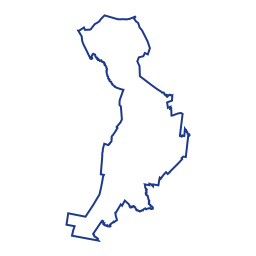 the district of San Salvador, Entre Ríos, Argentina
{"feature_id": "61730980B4034945746834", "entity_name": "San Salvador", "entity_type": "district", "adm_level": 2, "iso_a3": "ARG", "parent_name": "Argentina", "parent_adm1": "Entre Ríos", "projection": "equal_earth", "projection_center": [-58.492, -31.58], "detail": "fine", "context": "isolated", "style": "outline", "palette": "blue", "viewbox_px": 256, "rotation_deg": 0, "n_neighbors": 0, "source": "geoboundaries", "source_scale": "gbopen_adm2", "svg_char_len": 5702}
<svg xmlns="http://www.w3.org/2000/svg" viewBox="0 0 256 256"><path d="M135.8,16.4L130.1,18.7L126.7,19.4L124.0,19.2L118.4,19.3L115.9,18.7L104.6,15.4L101.4,18.5L99.8,20.5L99.6,21.1L97.5,22.6L94.8,24.1L91.9,27.7L90.9,29.2L90.1,29.6L85.0,29.9L83.9,27.5L79.4,30.5L78.2,30.6L81.7,36.4L82.2,41.0L83.6,44.8L85.8,49.0L90.4,58.6L90.7,58.5L91.3,59.0L91.5,59.0L92.1,58.5L92.3,58.3L92.2,57.8L91.9,57.7L91.3,57.8L91.6,57.1L91.2,56.7L91.7,56.2L92.0,55.3L92.6,54.9L92.8,54.1L93.1,53.8L93.6,54.3L94.5,54.3L95.0,54.5L95.1,55.0L95.4,55.6L95.3,56.1L95.5,56.5L96.3,57.7L96.8,57.5L97.0,57.6L97.1,58.0L97.6,58.3L97.4,59.0L97.9,59.0L98.0,59.8L98.6,59.5L98.9,59.6L98.9,60.1L99.3,60.2L99.7,60.8L100.0,60.6L100.4,60.6L101.3,60.3L101.4,60.6L101.3,61.3L101.5,61.5L102.4,61.9L102.9,61.7L103.1,61.8L103.4,62.3L104.1,62.4L104.1,62.8L104.0,63.2L104.2,63.4L104.6,63.5L104.5,64.2L104.9,64.2L105.1,64.5L104.9,65.3L106.2,66.5L106.4,67.3L106.4,67.8L106.4,68.1L106.9,68.5L106.9,69.4L106.6,69.9L106.8,70.4L106.5,70.8L106.7,71.3L106.4,71.9L106.7,72.3L106.7,73.2L107.0,74.4L107.3,74.7L107.4,75.0L107.3,75.6L107.3,76.0L107.6,76.4L108.0,76.6L108.3,77.2L108.1,78.2L108.1,78.5L108.9,78.8L109.1,79.4L109.6,79.8L109.3,80.4L109.3,80.6L109.7,81.2L111.2,81.8L111.3,82.0L111.3,82.7L111.6,83.1L111.8,83.7L112.4,83.9L112.5,84.8L113.9,85.7L114.6,86.6L114.9,86.4L115.2,86.6L115.4,87.1L117.0,87.9L118.0,88.1L119.7,88.9L120.2,88.9L121.6,89.4L123.4,89.8L119.9,99.6L119.6,100.9L119.5,104.9L120.9,106.6L121.9,119.4L120.4,122.5L116.6,127.0L117.5,128.0L116.3,129.7L116.2,130.2L115.8,130.6L115.8,130.8L113.0,135.0L111.9,136.1L111.6,136.8L111.8,138.6L111.5,139.1L111.6,139.4L111.4,141.6L111.1,142.0L110.6,142.2L110.3,142.6L109.9,143.5L109.4,143.6L109.3,144.0L109.0,144.2L108.9,144.6L108.2,145.1L104.3,143.7L102.9,148.9L102.7,151.8L102.4,152.2L102.2,155.6L102.3,155.8L100.8,174.2L100.8,174.3L103.9,174.9L103.5,175.7L103.0,176.8L102.6,179.6L101.1,187.4L99.5,194.4L93.3,204.8L85.5,216.7L68.2,213.3L66.5,224.7L66.8,224.8L74.6,226.2L73.1,230.7L72.0,235.7L98.5,240.6L98.1,240.1L97.8,239.4L97.7,239.2L97.8,238.6L97.5,238.4L97.2,238.5L96.5,237.5L95.8,237.1L95.5,237.2L94.6,236.4L94.3,236.3L94.0,235.5L94.2,235.3L94.2,235.0L93.7,234.6L93.6,234.1L93.2,234.0L93.1,233.9L102.0,220.8L102.3,220.7L102.5,220.8L102.6,221.0L102.4,221.4L102.9,221.4L102.9,221.6L102.7,222.0L103.0,221.9L102.9,222.3L103.2,222.4L103.1,222.9L103.3,223.2L104.2,223.2L104.1,223.5L104.2,223.8L104.1,224.1L103.9,224.3L104.2,224.4L104.3,225.0L104.7,225.2L104.9,225.3L105.0,225.1L105.4,225.4L106.2,225.3L106.5,225.4L106.7,225.9L106.9,225.9L107.1,225.3L107.3,225.2L107.5,225.4L107.6,226.3L108.1,226.4L108.6,226.2L109.2,226.1L109.7,226.5L110.0,226.3L110.3,226.4L110.5,226.2L110.5,225.8L110.0,224.7L113.7,221.7L114.0,222.2L117.0,220.0L115.7,215.5L115.3,212.7L115.7,212.4L115.9,212.6L120.8,204.4L122.1,205.7L124.8,200.6L129.0,204.4L129.4,205.3L129.4,205.6L129.6,205.6L129.8,206.1L129.7,206.3L129.8,206.8L130.1,207.3L130.4,207.2L130.8,207.5L131.5,207.4L131.5,206.8L131.6,206.7L131.9,207.0L132.4,207.0L132.7,206.8L133.2,206.0L133.5,206.0L133.8,206.1L133.9,206.6L134.2,206.9L134.7,206.8L135.1,207.3L135.4,208.0L135.5,208.4L135.8,208.6L135.9,208.8L136.2,209.0L136.3,209.3L136.2,209.6L136.3,210.0L136.8,210.2L137.1,210.5L137.7,210.2L138.1,210.4L138.5,210.8L139.1,211.1L139.3,211.0L139.5,211.1L140.0,211.0L140.1,211.3L140.7,210.9L141.3,210.9L141.8,210.6L142.1,210.2L142.9,210.3L142.9,209.9L143.4,209.5L144.4,208.8L145.4,208.4L145.9,208.9L146.1,208.9L146.2,209.2L147.2,208.7L147.9,208.7L148.7,208.3L149.2,208.4L149.8,208.2L150.6,208.5L150.8,208.9L151.2,209.0L152.7,208.8L152.9,208.6L152.8,208.1L152.8,207.4L152.3,207.0L152.2,206.7L151.7,206.5L151.6,206.3L150.9,206.3L150.8,206.1L150.6,206.1L150.4,205.6L150.4,205.0L150.0,204.9L149.9,204.6L148.9,204.0L149.0,203.4L148.8,203.3L148.9,202.7L149.2,202.3L148.9,201.6L149.2,201.4L149.4,200.9L149.3,200.6L148.7,199.9L148.3,199.0L148.3,198.6L148.1,197.2L147.6,196.5L147.8,196.0L147.7,195.8L147.2,195.3L146.2,194.9L146.0,194.6L145.9,193.9L145.7,193.6L145.8,192.7L146.2,192.3L146.3,191.9L146.6,192.1L146.6,191.9L146.4,191.6L146.3,190.9L146.0,190.6L146.1,190.3L146.7,190.0L146.8,189.7L146.4,189.4L146.4,189.0L145.9,188.8L145.7,188.3L145.3,187.9L145.1,186.3L145.2,185.5L144.8,184.4L149.4,185.2L149.4,183.7L151.1,184.3L153.0,186.3L153.2,184.4L158.4,185.3L159.5,178.3L159.8,177.5L160.2,177.9L160.3,178.4L160.5,178.3L160.8,178.7L163.4,175.0L166.0,172.2L167.7,174.0L169.2,172.5L169.7,172.4L169.8,171.9L170.2,171.4L178.3,163.3L182.2,159.1L182.1,158.7L181.6,158.1L183.2,156.6L185.8,157.0L188.2,136.0L188.7,135.8L189.0,135.5L189.3,135.6L189.5,135.2L188.8,134.8L188.9,134.4L188.3,134.5L188.2,134.2L187.7,134.1L187.6,133.0L187.1,132.4L187.2,132.1L187.1,131.8L186.8,131.7L186.4,131.7L186.4,130.8L186.3,130.6L185.8,130.9L185.6,130.8L185.8,129.9L185.5,129.9L184.9,128.9L184.3,135.8L183.9,135.6L183.4,136.0L182.9,136.1L182.8,135.8L182.3,135.4L182.1,135.9L181.8,136.5L181.6,136.6L181.1,136.3L181.0,136.0L180.7,135.9L180.1,136.1L179.9,136.0L182.6,113.9L181.0,113.0L178.2,113.4L172.5,115.5L171.5,115.6L171.2,108.3L170.1,108.7L170.4,106.7L167.9,107.8L167.1,102.4L172.0,100.6L172.3,95.3L172.1,95.4L171.8,95.6L171.6,95.6L171.1,95.1L170.5,95.2L170.2,94.8L169.8,94.7L169.2,95.1L168.7,95.1L168.4,95.6L167.6,96.4L167.4,96.8L167.0,96.8L166.5,96.3L166.4,95.9L166.5,95.6L167.0,95.5L167.0,95.1L166.9,94.9L166.1,94.7L166.0,95.0L165.5,95.1L165.4,94.7L165.1,94.8L164.7,94.7L164.5,94.2L164.2,93.8L164.1,93.4L163.6,92.5L163.3,92.5L163.0,92.7L162.1,92.7L161.8,92.1L156.8,88.9L151.7,85.2L139.9,76.2L139.5,65.9L137.3,61.4L138.8,57.4L143.3,56.2L143.8,55.3L144.8,53.0L147.8,54.4L149.9,48.2L147.5,41.2L142.0,30.3L139.6,27.5L138.2,23.0L136.0,21.4L134.0,18.5L135.8,16.4Z" fill="none" stroke="#1e3a8a" stroke-width="2"/></svg>